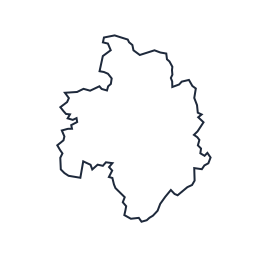 Camargo, Rio Grande do Sul, Brazil (Albers equal-area conic projection), rotated 252°
{"feature_id": "56859067B59406769241817", "entity_name": "Camargo", "entity_type": "district", "adm_level": 2, "iso_a3": "BRA", "parent_name": "Brazil", "parent_adm1": "Rio Grande do Sul", "projection": "albers", "projection_center": [-52.218, -28.61], "detail": "fine", "context": "isolated", "style": "outline", "palette": "slate", "viewbox_px": 256, "rotation_deg": 252, "n_neighbors": 0, "source": "geoboundaries", "source_scale": "gbopen_adm2", "svg_char_len": 1523}
<svg xmlns="http://www.w3.org/2000/svg" viewBox="0 0 256 256"><g transform="rotate(252 128 128)"><path d="M193.7,177.2L193.8,161.8L200.2,157.2L205.6,157.8L209.2,155.5L212.2,155.1L216.4,149.2L220.2,143.9L221.5,133.1L217.2,130.6L214.5,135.0L207.3,135.6L204.2,126.3L190.8,118.5L188.7,122.4L185.8,125.7L180.2,127.8L175.2,125.3L173.8,122.0L170.2,119.6L173.3,115.0L176.5,113.7L175.2,103.5L179.0,97.8L178.0,90.7L179.2,86.0L181.0,78.9L174.7,81.0L171.5,78.1L168.7,70.1L163.9,71.9L160.5,73.4L158.9,77.0L155.8,73.6L152.8,78.0L153.3,82.1L149.4,81.5L148.3,74.9L144.6,74.5L145.8,70.5L146.1,64.3L139.6,64.9L136.2,62.8L133.4,55.4L128.0,56.6L124.1,57.8L120.6,54.4L109.4,51.3L104.8,53.6L100.9,56.7L95.4,67.3L110.1,75.1L104.6,81.0L99.6,81.2L102.5,87.8L99.8,92.4L102.2,96.4L99.4,102.3L96.7,97.9L92.4,99.8L87.3,94.7L85.3,97.7L78.7,97.2L74.7,97.5L63.2,103.5L59.0,100.1L54.2,102.1L50.7,100.2L46.3,97.6L40.8,102.7L39.2,110.5L34.7,111.9L34.5,117.3L36.0,120.7L36.9,124.6L40.2,130.6L45.9,135.2L51.0,142.1L55.8,149.6L50.9,151.9L48.7,154.4L53.4,166.2L54.0,171.3L57.4,175.1L69.4,178.6L66.0,185.5L68.8,189.1L69.6,193.5L74.4,197.4L79.8,195.8L77.9,192.2L81.6,189.0L85.9,191.1L89.9,189.1L94.6,192.2L97.8,191.1L101.1,188.6L103.3,193.1L110.1,201.6L116.5,198.1L118.1,202.2L121.0,199.1L128.4,200.7L136.1,200.3L144.6,204.7L148.1,202.2L154.9,200.8L155.5,193.4L153.6,190.1L153.3,182.8L158.6,184.4L162.3,184.2L165.0,186.7L169.4,187.7L172.5,189.1L178.5,188.0L181.3,186.3L187.0,187.4L189.8,182.1L193.7,177.2Z" fill="none" stroke="#1e293b" stroke-width="2"/></g></svg>